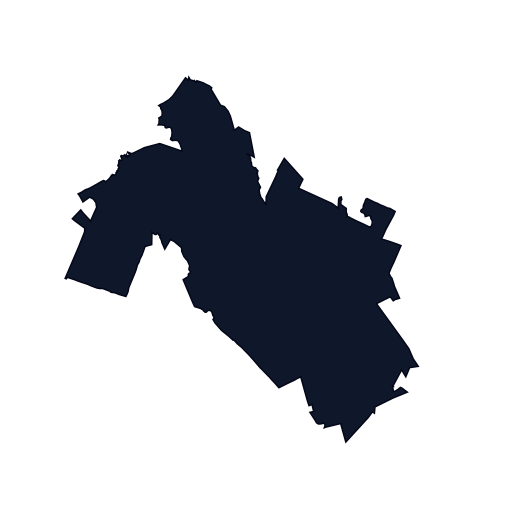 outline of Tuzantán, Chiapas, Mexico, rotated 288°
{"feature_id": "50627088B59724502540082", "entity_name": "Tuzantán", "entity_type": "district", "adm_level": 2, "iso_a3": "MEX", "parent_name": "Mexico", "parent_adm1": "Chiapas", "projection": "orthographic", "projection_center": [-92.404, 15.141], "detail": "fine", "context": "isolated", "style": "filled", "palette": "ink", "viewbox_px": 512, "rotation_deg": 288, "n_neighbors": 0, "source": "geoboundaries", "source_scale": "gbopen_adm2", "svg_char_len": 6021}
<svg xmlns="http://www.w3.org/2000/svg" viewBox="0 0 512 512"><g transform="rotate(288 256 256)"><path d="M403.7,133.9L383.1,127.6L381.5,126.9L379.8,126.0L378.4,125.3L377.4,124.6L373.7,121.5L372.6,120.5L370.4,118.1L369.0,117.0L368.4,119.0L366.4,120.2L365.4,121.5L363.0,122.6L360.5,123.3L359.2,122.6L357.1,120.9L356.2,121.7L353.3,122.4L352.5,122.8L350.4,122.4L351.6,126.0L352.0,129.3L350.7,129.5L350.1,130.2L350.0,130.5L350.2,131.3L351.1,132.8L351.6,133.4L351.8,133.9L351.8,134.4L351.6,135.3L351.1,135.9L350.0,136.9L346.9,138.2L343.7,138.9L343.2,138.9L341.8,138.5L340.7,138.6L340.5,138.9L340.1,139.7L340.0,140.2L340.0,141.1L340.5,141.9L340.6,142.4L340.9,142.8L341.5,145.3L341.4,146.3L340.2,147.9L338.6,149.6L337.7,150.2L337.1,150.4L336.3,151.3L335.3,152.0L334.2,152.7L333.3,153.0L332.9,152.9L333.2,129.7L324.6,116.4L315.8,107.3L314.9,105.9L315.2,101.8L314.8,101.8L313.1,104.9L312.6,105.2L312.1,105.2L311.4,104.3L311.6,103.7L311.9,103.6L311.7,103.1L310.5,102.9L311.9,101.9L312.5,101.3L310.5,101.0L311.5,99.7L311.0,99.5L309.4,97.2L309.8,96.9L309.2,96.5L306.0,99.1L305.2,98.6L305.3,96.6L304.6,96.5L304.0,96.0L303.3,96.6L302.9,96.6L303.0,96.8L301.6,96.7L301.3,96.9L301.0,96.9L300.9,97.2L300.7,97.3L300.1,96.7L299.3,96.7L299.2,96.9L299.1,97.4L298.9,97.6L298.3,97.6L298.2,97.8L298.1,98.2L297.6,98.4L296.9,98.3L296.0,97.9L295.7,98.2L294.7,98.1L294.0,97.4L293.9,97.4L293.8,97.6L293.8,98.1L293.7,98.2L293.4,98.3L292.3,97.2L292.1,97.6L291.6,97.5L291.3,97.6L290.1,97.1L289.4,96.5L288.9,95.8L288.7,95.8L288.2,96.2L288.7,95.5L289.1,95.2L289.2,94.4L288.7,94.1L288.4,93.8L287.7,93.6L287.8,93.8L284.2,92.5L280.4,90.4L280.7,87.7L279.2,86.1L271.4,79.0L269.3,77.0L267.6,75.1L266.9,74.0L266.3,73.3L265.0,72.2L263.0,70.6L260.1,67.6L258.8,69.5L256.8,71.7L253.9,74.7L260.6,79.6L259.8,83.8L257.2,87.3L254.5,88.6L253.3,89.4L237.8,87.8L239.2,86.0L243.5,78.3L245.7,75.1L234.7,69.8L233.8,71.9L229.4,84.9L228.7,84.8L225.9,85.5L209.7,84.5L175.7,81.4L175.7,82.7L177.3,83.0L177.4,83.9L177.4,90.9L177.2,93.6L177.1,97.7L177.1,103.4L177.0,105.5L176.7,107.8L176.4,114.5L176.6,115.9L176.7,117.2L177.7,120.3L177.3,128.1L176.7,129.2L177.4,133.3L177.1,138.1L177.3,144.8L180.7,145.2L182.9,145.3L186.5,144.8L203.0,146.1L206.1,146.2L210.9,146.0L213.5,146.6L215.6,146.7L216.5,146.5L221.6,147.3L230.8,147.6L234.6,153.3L246.5,149.7L245.5,152.3L245.3,153.1L245.3,153.7L245.7,154.4L247.3,155.6L247.4,155.9L247.0,156.2L246.0,157.0L245.8,157.5L246.2,158.0L246.7,158.3L247.2,158.5L244.7,158.5L243.9,158.9L242.4,160.6L240.9,161.7L239.9,162.2L234.3,167.1L245.0,169.5L245.0,170.9L244.8,171.4L244.8,172.2L244.7,173.2L240.9,182.6L237.4,184.0L233.2,187.6L230.8,191.3L230.7,191.9L226.4,195.8L225.6,195.9L225.3,196.1L223.8,196.1L223.1,196.2L222.4,196.4L221.2,197.9L220.9,198.5L220.3,198.7L219.5,198.4L219.1,198.2L218.8,197.7L218.3,197.5L217.6,197.3L216.1,197.9L215.6,197.7L214.8,197.3L211.0,194.0L192.2,210.2L188.9,213.3L189.0,219.5L188.4,222.1L187.6,223.1L186.9,224.7L186.9,225.1L187.1,226.0L188.9,226.9L189.3,227.2L189.6,227.7L189.9,228.8L190.0,229.6L189.5,230.6L188.7,231.6L187.9,232.2L187.3,232.5L186.1,233.4L185.2,234.6L184.9,234.8L183.8,235.2L182.3,234.7L179.4,238.1L175.3,245.0L174.3,246.9L171.4,254.6L168.9,260.1L169.5,260.5L166.6,265.6L164.7,270.5L163.9,272.1L162.8,274.0L160.3,278.9L156.4,285.6L150.8,294.8L150.5,295.6L145.4,305.2L145.3,305.7L143.0,309.4L140.8,313.5L139.8,315.1L137.8,318.5L144.6,325.4L150.0,331.1L152.3,333.1L154.9,335.9L133.3,350.2L130.0,352.7L132.1,355.1L125.9,358.9L124.0,355.6L117.6,363.5L116.2,364.9L115.6,366.5L115.6,367.5L116.0,368.7L116.8,370.4L117.6,371.4L117.8,372.2L117.8,372.5L117.2,373.4L116.5,373.9L116.2,374.0L113.8,374.0L114.5,374.8L115.2,375.9L122.8,388.3L106.8,398.9L137.4,412.8L143.7,414.8L143.1,417.2L149.2,415.8L163.2,430.1L173.3,442.0L175.5,435.6L175.7,434.0L174.4,433.1L172.9,432.2L172.1,431.4L171.5,431.1L169.7,429.4L169.6,428.9L173.4,426.3L174.1,427.1L174.8,425.9L175.5,426.6L192.7,429.7L187.4,435.8L197.3,436.6L201.2,444.4L206.8,437.3L215.1,430.0L221.7,421.2L240.8,395.0L247.9,385.3L258.7,396.3L255.8,400.4L257.8,402.0L258.3,402.9L260.2,405.6L270.1,396.9L272.9,395.1L273.5,394.5L274.6,393.8L276.7,392.3L277.8,390.7L278.9,389.5L280.7,387.8L286.5,388.2L292.5,389.0L310.7,390.7L310.9,387.2L311.1,378.3L311.0,369.9L313.6,370.5L321.2,371.3L337.1,374.2L341.4,374.6L341.7,372.9L342.6,368.8L342.6,367.9L342.3,366.2L342.8,362.6L343.1,357.8L343.6,355.7L343.8,351.9L345.0,343.9L344.0,343.0L342.5,342.8L341.6,342.9L337.4,342.5L335.2,342.9L334.3,343.1L332.1,341.7L331.1,341.8L330.8,341.9L330.4,342.5L330.2,343.3L330.1,345.5L327.8,347.7L327.3,347.7L327.5,348.2L329.6,351.0L328.8,353.0L327.1,353.7L325.2,355.8L323.1,356.3L322.3,356.6L321.3,356.4L320.2,356.4L319.4,356.1L319.1,355.5L318.5,355.8L318.6,355.0L319.6,348.1L320.3,341.6L321.3,334.7L321.6,333.4L321.8,332.9L321.7,332.4L321.9,330.5L322.9,330.1L323.3,330.1L325.6,328.3L327.2,327.6L328.1,327.6L329.2,327.1L329.7,325.4L330.6,322.7L330.9,321.6L331.4,320.5L332.2,320.5L333.1,320.2L334.5,319.7L335.7,320.0L336.1,320.2L338.5,318.9L338.2,318.2L337.8,317.8L337.5,317.3L335.8,317.0L327.0,319.3L329.4,312.1L333.6,275.6L343.5,276.9L357.6,252.7L344.3,249.9L344.2,250.9L340.1,250.4L337.7,250.3L315.5,247.4L308.3,249.5L310.4,246.2L312.3,244.2L313.1,242.7L316.3,240.3L319.9,238.5L322.5,239.1L322.8,239.0L327.4,234.4L330.9,234.6L331.8,233.3L332.2,233.3L333.7,232.2L336.5,231.4L337.0,231.6L337.8,231.3L337.8,231.0L339.3,228.8L339.7,228.4L339.5,228.0L339.7,227.7L339.6,227.3L339.3,227.0L339.3,226.7L339.9,225.1L340.4,224.2L342.1,223.3L343.3,222.9L343.8,222.4L344.5,221.7L346.6,221.0L348.2,220.0L349.3,218.6L349.4,217.9L349.6,216.9L350.0,216.9L350.1,216.3L350.2,216.2L350.2,218.8L350.1,220.6L349.7,222.1L349.4,223.8L371.3,211.7L371.7,206.4L373.3,199.6L368.9,196.5L379.8,189.3L380.3,188.7L380.7,188.5L381.1,188.5L381.3,188.2L385.1,184.7L388.3,179.7L388.5,175.6L400.7,161.8L402.3,161.9L403.4,158.9L403.8,155.3L404.4,152.3L404.4,145.6L402.7,145.1L403.7,143.3L403.4,143.3L403.2,139.1L405.2,136.9L403.5,137.1L401.9,136.7L403.1,135.4L403.7,133.9Z" fill="#0f172a" stroke="#020617" stroke-width="1.5"/></g></svg>